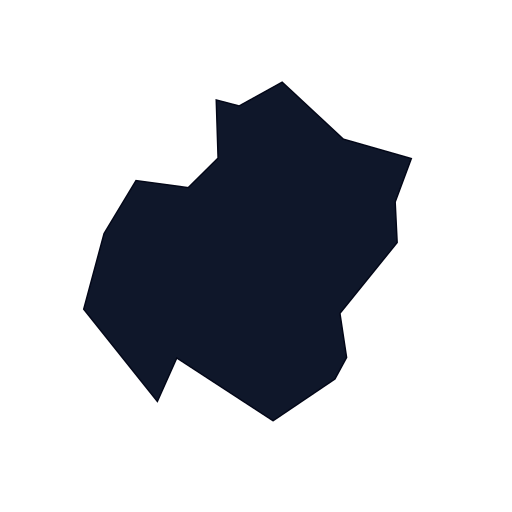 an SVG outline of Wolverhampton, rotated 159°
{"feature_id": "GBR-5693", "entity_name": "Wolverhampton", "entity_type": "Metropolitan Borough", "adm_level": 1, "iso_a3": "GBR", "parent_name": "United Kingdom", "parent_adm1": "", "projection": "mercator", "projection_center": [-2.117, 52.589], "detail": "fine", "context": "isolated", "style": "filled", "palette": "ink", "viewbox_px": 512, "rotation_deg": 159, "n_neighbors": 0, "source": "natural_earth", "source_scale": "10m", "svg_char_len": 397}
<svg xmlns="http://www.w3.org/2000/svg" viewBox="0 0 512 512"><g transform="rotate(159 256 256)"><path d="M400.2,155.6L435.9,268.1L389.8,331.4L341.0,369.4L294.8,344.1L256.3,361.0L237.2,415.9L218.0,402.1L169.3,408.9L132.6,333.8L76.1,291.3L106.7,256.6L119.4,218.0L198.2,172.4L207.8,128.8L226.4,112.9L299.1,96.1L366.5,189.2L400.2,155.6Z" fill="#0f172a" stroke="#020617" stroke-width="1.5"/></g></svg>